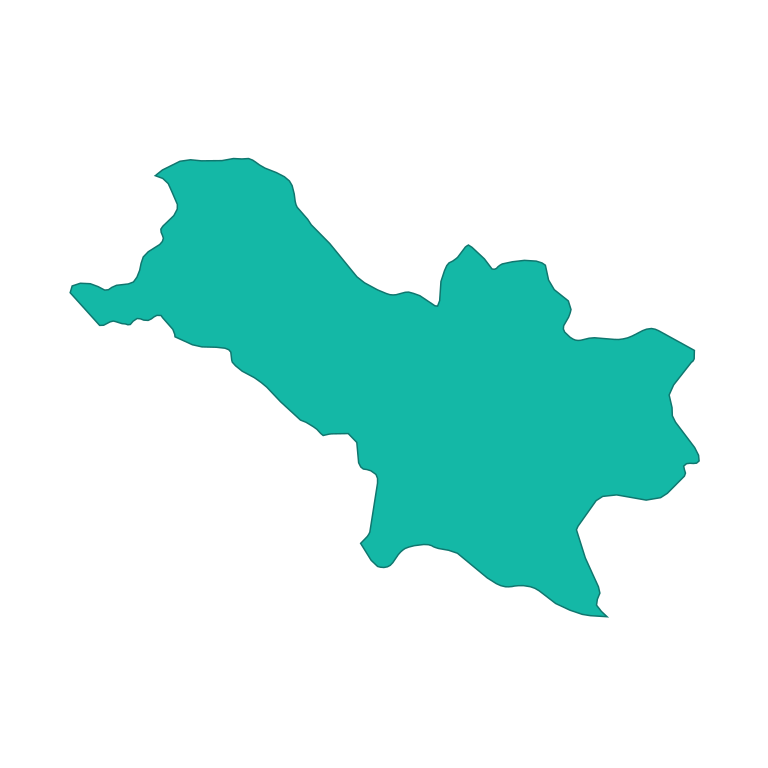 the border of Janakpur, rotated 275°
{"feature_id": "NPL-1131", "entity_name": "Janakpur", "entity_type": "Administrative Zone", "adm_level": 1, "iso_a3": "NPL", "parent_name": "Nepal", "parent_adm1": "", "projection": "robinson", "projection_center": [86.017, 27.361], "detail": "fine", "context": "isolated", "style": "filled", "palette": "teal", "viewbox_px": 768, "rotation_deg": 275, "n_neighbors": 0, "source": "natural_earth", "source_scale": "10m", "svg_char_len": 3198}
<svg xmlns="http://www.w3.org/2000/svg" viewBox="0 0 768 768"><g transform="rotate(275 384 384)"><path d="M447.6,63.4L454.5,64.8L457.9,72.7L458.3,82.7L456.1,90.7L453.2,97.6L453.9,101.3L456.5,104.4L459.0,108.9L461.4,120.6L463.8,125.5L468.8,128.5L469.0,128.6L476.0,130.7L483.0,131.5L489.6,133.1L495.3,137.7L503.4,148.4L506.7,150.8L510.0,151.5L512.8,150.3L515.6,148.8L518.8,148.2L521.9,149.9L533.5,160.0L540.2,162.8L544.9,162.5L557.5,155.7L564.8,151.6L569.5,145.7L571.6,138.0L577.9,144.6L588.1,161.3L590.5,171.7L590.4,182.6L592.4,203.1L595.5,214.4L595.8,222.8L596.8,229.4L595.6,233.6L593.9,236.7L591.4,240.8L588.7,246.6L585.2,258.4L581.8,266.7L578.0,272.1L573.6,275.2L565.5,278.0L558.2,279.6L555.0,280.7L552.5,282.1L541.3,293.7L536.3,297.6L519.1,317.8L488.4,347.7L483.1,355.8L477.2,369.4L474.3,378.5L473.5,382.1L473.5,385.3L474.0,388.3L477.2,397.1L477.7,400.6L476.8,405.6L475.1,412.0L466.3,428.0L466.3,430.6L471.9,432.2L491.1,431.8L502.2,434.4L507.4,436.2L510.3,438.2L512.5,441.8L515.1,444.8L516.6,446.3L527.5,453.1L528.9,454.7L529.8,456.0L527.8,459.8L517.4,473.1L508.0,481.6L507.9,483.9L508.9,485.9L510.7,487.3L512.3,489.0L513.9,491.3L517.0,501.4L519.4,513.1L519.7,524.9L518.4,530.8L516.4,534.4L501.9,538.9L492.8,545.4L482.8,560.4L474.5,563.8L471.2,563.3L466.7,562.1L457.7,557.9L454.4,557.9L451.4,559.5L446.8,565.3L445.2,568.4L444.4,570.9L444.3,573.6L444.7,576.1L447.5,584.4L448.4,589.6L448.5,609.8L448.8,614.0L449.7,618.1L451.2,622.7L453.5,627.2L459.7,637.0L461.5,640.8L462.6,645.6L462.2,649.4L461.0,653.0L445.0,689.2L444.5,690.3L443.9,690.3L436.1,690.8L433.9,689.9L432.2,688.2L408.3,672.6L397.9,669.0L385.6,673.0L377.5,674.0L371.4,677.7L347.8,699.0L340.4,703.6L334.8,704.6L332.4,702.3L331.8,699.2L331.7,695.7L331.0,692.3L328.3,689.7L325.0,690.7L321.5,692.1L318.4,691.3L299.8,675.8L294.9,669.5L291.2,655.3L293.8,625.4L291.1,611.7L286.3,605.5L259.3,589.7L255.6,588.4L228.3,599.7L213.2,608.2L200.7,615.3L194.5,617.3L188.1,615.3L182.2,615.0L176.4,620.4L171.6,626.5L171.6,626.3L171.2,609.8L171.8,601.6L174.9,588.9L180.3,574.1L191.5,556.6L193.6,552.2L194.8,547.5L195.3,540.5L194.8,535.4L194.1,531.6L193.4,529.3L192.8,525.7L192.6,522.6L193.3,517.9L194.9,513.3L199.8,503.8L221.8,471.9L224.0,462.9L224.9,452.6L225.6,449.5L226.2,447.4L227.1,445.6L227.8,442.2L227.6,437.6L225.6,428.3L223.7,422.9L221.9,419.2L220.1,417.1L218.1,415.2L215.3,413.1L206.9,408.4L203.9,406.0L202.2,403.4L201.2,399.9L201.2,396.3L201.7,393.5L207.2,386.6L223.2,374.6L230.7,380.7L232.9,381.9L235.2,382.8L284.7,386.2L289.4,385.8L293.2,383.9L296.4,378.5L297.3,374.4L297.5,370.8L299.3,368.1L303.3,365.6L323.4,362.0L331.5,352.7L329.8,336.3L329.3,333.8L327.5,328.1L327.4,327.9L329.2,325.3L333.1,321.0L335.3,317.3L339.1,309.6L340.8,303.9L357.2,282.6L370.7,267.4L374.8,261.5L379.0,254.3L384.4,241.6L389.2,234.5L392.5,231.0L394.6,230.2L402.4,228.6L404.6,226.4L405.8,222.5L406.0,213.7L405.1,199.4L406.4,189.7L412.8,171.7L415.2,171.2L420.0,168.9L430.8,157.6L432.8,156.0L432.6,151.8L430.8,149.0L428.6,146.6L426.8,143.5L426.7,139.1L427.7,135.6L427.7,132.3L424.7,128.6L421.2,126.1L420.7,123.7L421.3,121.1L421.3,117.8L422.8,111.0L423.1,108.8L422.0,105.7L418.1,99.6L417.6,95.6L447.6,63.4Z" fill="#14b8a6" stroke="#0f766e" stroke-width="1.5"/></g></svg>